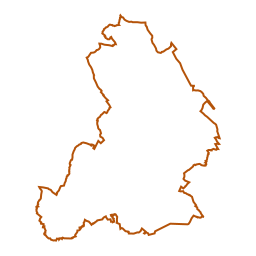 Ciurila, Cluj, Romania (Mercator projection)
{"feature_id": "2599482B49766923027445", "entity_name": "Ciurila", "entity_type": "district", "adm_level": 2, "iso_a3": "ROU", "parent_name": "Romania", "parent_adm1": "Cluj", "projection": "mercator", "projection_center": [23.534, 46.652], "detail": "fine", "context": "isolated", "style": "outline", "palette": "amber", "viewbox_px": 256, "rotation_deg": 0, "n_neighbors": 0, "source": "geoboundaries", "source_scale": "gbopen_adm2", "svg_char_len": 5789}
<svg xmlns="http://www.w3.org/2000/svg" viewBox="0 0 256 256"><path d="M148.7,234.9L154.6,233.4L155.1,231.3L170.3,223.7L187.6,224.3L188.5,224.0L189.9,222.0L191.6,218.3L193.6,215.6L197.1,217.2L197.1,216.9L199.9,217.7L200.8,217.6L201.8,216.6L203.1,216.8L203.2,216.5L201.6,214.5L200.8,213.2L200.6,212.3L199.6,211.4L199.0,210.4L197.3,209.1L197.2,207.4L195.3,206.1L196.1,205.2L193.5,201.8L192.0,196.8L190.3,195.6L189.3,195.2L189.4,194.9L187.1,194.1L186.1,193.3L184.1,192.8L183.2,191.2L180.6,191.4L179.2,191.0L181.1,186.7L183.3,188.4L185.0,186.9L185.3,186.2L186.1,185.8L187.1,184.2L189.2,182.3L185.1,180.6L183.5,178.9L184.4,176.7L184.4,174.7L184.0,173.3L188.0,170.2L188.8,170.0L189.8,169.2L193.1,166.4L193.4,165.4L194.5,164.7L195.6,165.1L196.2,164.5L199.4,163.9L200.5,164.3L201.3,165.1L202.1,165.3L204.2,165.7L205.6,165.6L206.2,164.4L205.7,164.1L206.0,163.7L206.2,163.0L206.1,162.2L205.7,162.2L206.4,161.5L205.7,160.9L206.6,160.4L207.1,159.0L207.2,157.4L207.6,156.8L207.7,155.1L208.5,154.4L208.2,153.7L208.7,153.3L208.8,152.9L207.3,150.7L208.5,150.0L210.2,150.0L210.9,150.0L211.0,150.4L211.7,150.4L211.8,149.7L213.4,148.9L216.2,149.8L216.7,149.5L216.8,148.9L218.1,149.0L215.3,144.1L217.8,143.7L218.5,144.1L219.1,144.0L217.1,141.7L216.0,139.4L214.8,137.8L215.6,137.4L217.4,137.1L218.7,138.0L219.6,138.2L217.2,131.1L217.4,130.2L217.4,129.2L216.1,124.7L215.0,123.7L213.7,122.9L207.1,116.8L205.0,115.3L203.4,113.6L200.5,111.2L201.3,110.4L202.5,108.1L203.3,104.6L205.2,102.6L207.1,101.0L211.9,106.7L213.2,108.6L213.9,108.9L214.3,108.4L210.2,103.1L209.2,101.3L207.7,100.2L206.0,97.9L203.7,95.9L203.2,93.8L201.7,92.1L200.4,91.1L198.0,90.4L196.0,90.5L193.8,90.1L193.1,90.3L193.1,86.9L193.9,86.2L193.9,85.8L191.1,85.7L190.5,84.7L182.5,69.7L180.1,63.2L176.3,58.8L175.3,56.9L172.8,52.1L176.4,49.1L171.4,42.9L171.0,44.1L171.0,46.2L168.5,48.6L166.4,49.4L163.4,51.6L161.8,51.9L161.4,52.6L160.7,52.9L157.9,52.3L156.6,50.9L156.3,50.2L156.1,48.8L155.7,47.9L154.0,44.8L152.5,42.9L151.6,39.7L151.6,39.0L152.3,37.8L152.2,35.7L150.3,33.5L147.6,29.7L146.7,26.6L146.4,26.5L145.6,25.2L145.4,22.5L141.2,22.7L137.4,22.2L132.7,22.2L131.5,21.7L129.1,21.9L126.4,20.8L124.5,19.6L123.1,17.5L121.6,17.0L120.4,15.4L120.3,15.6L121.1,16.8L120.8,17.3L120.5,17.2L120.0,17.5L119.9,19.2L119.6,19.6L119.1,22.6L118.7,23.0L118.8,24.0L118.6,24.7L118.9,25.0L116.6,25.2L115.9,25.7L114.5,26.1L113.9,25.6L112.9,25.7L112.2,25.0L111.7,25.1L109.9,24.6L108.8,25.3L107.7,26.7L106.5,27.3L105.9,27.4L105.1,28.4L104.3,28.8L103.9,29.2L103.8,30.2L102.7,31.5L102.5,32.0L102.7,33.0L102.4,33.5L104.8,35.3L105.3,36.1L104.7,36.4L105.7,38.0L106.5,38.3L107.6,39.2L109.2,39.3L109.8,38.9L110.4,37.4L111.2,36.9L112.0,38.7L115.1,42.4L115.8,44.2L114.7,44.1L113.8,45.2L113.1,45.2L113.1,45.7L112.7,46.1L109.1,45.2L104.5,44.7L101.4,43.7L99.4,43.6L99.6,44.5L100.1,45.4L100.2,47.4L99.1,49.0L97.9,49.8L96.6,50.1L95.7,51.3L94.6,52.2L93.4,52.6L91.0,52.8L88.2,56.9L86.7,57.6L87.8,59.9L88.1,61.5L89.2,64.5L91.1,67.3L92.3,69.9L92.9,72.5L94.0,75.0L93.8,75.1L93.9,78.4L95.9,82.4L97.7,86.6L99.5,88.9L100.6,89.6L101.6,90.8L101.5,91.3L100.9,92.1L103.7,95.1L103.3,95.5L105.9,98.4L108.0,100.3L106.5,101.3L109.2,104.9L110.5,107.4L109.3,108.1L109.2,109.1L107.9,110.6L107.1,112.6L106.4,113.1L105.3,112.4L104.3,112.0L104.0,112.3L101.8,114.5L101.0,114.9L99.8,117.0L98.5,117.7L97.3,119.2L97.5,120.0L98.5,120.0L97.1,120.6L97.6,121.6L97.3,121.8L97.2,123.0L97.3,124.4L97.9,126.3L98.2,128.1L98.8,129.1L100.0,130.0L101.0,133.3L100.1,134.6L100.3,136.6L102.5,137.8L104.0,140.2L100.8,143.2L98.3,140.9L94.3,148.9L93.3,148.2L94.2,145.6L92.7,144.7L91.5,144.5L91.4,145.6L90.9,145.4L90.7,144.9L86.6,143.3L83.3,142.5L81.4,143.0L80.9,144.0L79.1,144.6L78.3,145.5L77.0,146.1L75.2,147.8L74.6,149.6L73.7,151.2L72.5,154.6L72.5,157.4L72.1,159.7L71.3,159.8L70.8,160.5L69.7,163.3L69.9,164.6L70.5,164.8L70.5,165.4L69.3,167.5L69.5,167.9L69.4,169.4L69.1,170.1L69.4,171.2L69.1,171.7L69.4,173.3L69.3,173.8L68.9,174.5L67.7,175.2L67.9,175.5L67.6,176.0L66.8,176.4L66.5,178.2L66.0,179.0L65.7,181.1L64.7,183.0L64.0,185.6L60.9,186.1L60.2,187.3L58.9,190.5L56.9,192.7L57.1,193.5L56.5,194.9L52.5,192.2L50.8,189.9L48.7,189.1L48.1,188.4L43.1,187.4L39.2,187.0L39.8,188.2L41.6,190.5L41.8,191.3L41.2,194.4L40.8,198.5L39.9,199.8L39.5,199.9L38.0,202.3L37.8,203.9L38.2,204.2L37.4,205.5L38.2,206.5L36.9,206.9L36.9,207.8L36.5,207.6L36.7,209.0L36.4,209.5L36.6,211.5L37.3,212.7L36.9,213.4L41.3,217.0L40.2,218.4L39.4,220.7L41.3,222.4L41.3,222.6L40.9,222.9L41.0,223.7L43.6,224.1L43.6,225.4L43.0,226.6L42.9,227.3L43.5,227.3L44.4,226.8L44.4,227.8L45.7,230.8L45.3,231.3L45.1,232.0L45.4,232.8L44.2,233.4L44.3,234.4L45.3,235.2L45.6,235.1L46.8,236.8L48.6,238.4L50.2,238.4L51.0,239.7L53.6,240.5L54.9,240.3L56.0,240.6L57.0,238.6L58.0,238.9L58.9,238.5L59.1,239.5L59.7,238.8L61.1,238.1L62.0,239.0L62.8,237.7L64.2,238.3L71.3,238.5L72.4,238.2L72.2,237.7L73.5,237.1L75.7,236.4L75.1,235.5L75.3,234.7L77.2,232.2L77.4,230.5L78.8,230.4L79.8,229.8L80.9,228.2L79.5,227.9L79.5,227.5L80.7,227.4L82.5,225.9L82.9,226.5L83.7,226.2L84.0,225.0L83.7,222.7L84.4,221.8L84.9,219.8L86.6,220.9L88.8,221.6L90.4,223.3L91.5,224.8L93.1,223.3L93.5,223.6L93.9,223.1L94.6,222.9L95.2,222.1L96.5,221.4L97.3,220.4L102.4,219.4L102.8,218.5L104.0,217.3L105.8,216.4L106.0,217.1L107.7,219.6L110.5,219.3L111.1,221.8L113.2,221.4L113.1,222.1L114.2,221.7L114.0,220.4L113.3,219.1L113.7,218.7L112.5,217.5L112.0,216.5L111.3,216.1L110.9,215.0L112.0,214.7L112.3,215.3L113.0,215.7L113.2,215.3L114.3,214.8L114.2,214.3L114.9,214.1L115.6,214.4L117.2,216.9L116.9,219.6L117.0,221.6L116.7,222.8L119.7,224.1L120.4,228.9L121.6,228.1L122.5,228.3L125.5,231.2L128.2,231.6L128.2,232.0L128.7,232.0L128.8,233.5L133.8,233.6L137.3,232.4L138.8,232.5L140.5,231.2L141.9,228.5L145.6,231.6L144.1,233.3L144.7,233.6L146.0,232.0L146.9,232.8L148.1,233.3L148.7,234.9Z" fill="none" stroke="#b45309" stroke-width="2"/></svg>